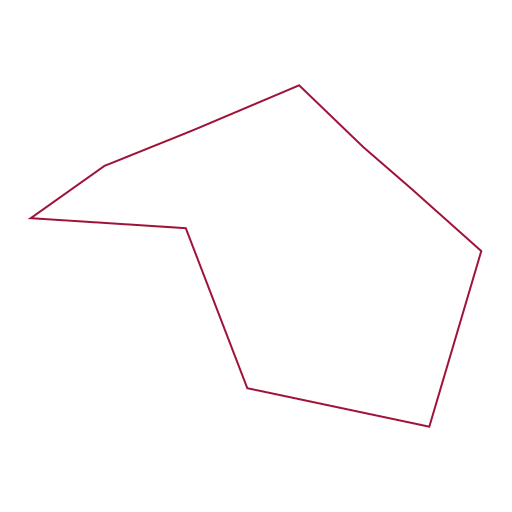 outline of Bulgan, Bulgan, Mongolia
{"feature_id": "93677404B52410770806763", "entity_name": "Bulgan", "entity_type": "district", "adm_level": 2, "iso_a3": "MNG", "parent_name": "Mongolia", "parent_adm1": "Bulgan", "projection": "orthographic", "projection_center": [103.463, 48.822], "detail": "fine", "context": "isolated", "style": "outline", "palette": "rose", "viewbox_px": 512, "rotation_deg": 0, "n_neighbors": 0, "source": "geoboundaries", "source_scale": "gbopen_adm2", "svg_char_len": 291}
<svg xmlns="http://www.w3.org/2000/svg" viewBox="0 0 512 512"><path d="M30.7,218.2L31.0,218.2L185.8,228.2L247.3,388.2L429.3,426.7L481.2,251.3L481.3,251.1L409.5,187.1L363.5,147.3L299.1,85.3L192.6,130.4L104.4,165.9L104.0,166.2L30.7,218.2Z" fill="none" stroke="#9f1239" stroke-width="2"/></svg>